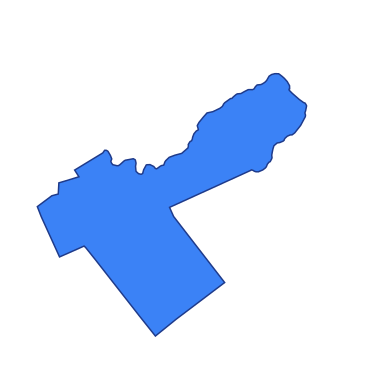 Charlton, Georgia, United States of America (orthographic projection), rotated 231°
{"feature_id": "52423323B4621357576796", "entity_name": "Charlton", "entity_type": "district", "adm_level": 2, "iso_a3": "USA", "parent_name": "United States of America", "parent_adm1": "Georgia", "projection": "orthographic", "projection_center": [-82.072, 30.717], "detail": "fine", "context": "isolated", "style": "filled", "palette": "blue", "viewbox_px": 384, "rotation_deg": 231, "n_neighbors": 0, "source": "geoboundaries", "source_scale": "gbopen_adm2", "svg_char_len": 2079}
<svg xmlns="http://www.w3.org/2000/svg" viewBox="0 0 384 384"><g transform="rotate(231 192 192)"><path d="M171.8,251.4L171.9,252.0L170.5,253.0L168.9,253.5L167.5,254.4L165.9,256.3L164.6,260.9L164.5,263.9L164.8,265.6L166.2,268.1L166.7,270.5L166.4,271.9L167.6,274.7L168.2,275.7L170.5,277.2L172.4,279.4L174.6,282.1L176.4,284.8L176.5,289.1L175.2,291.3L174.2,294.7L174.2,296.1L174.7,296.7L175.2,298.1L175.4,301.1L174.6,304.1L173.4,305.8L173.3,309.1L175.4,318.4L179.2,327.4L180.3,328.6L182.4,329.5L183.7,331.5L186.6,335.0L187.1,335.4L188.8,335.7L190.0,335.8L191.3,335.0L196.4,333.6L205.7,332.0L209.7,331.6L210.5,331.8L210.9,332.3L210.7,332.8L213.2,334.7L217.9,335.5L222.2,335.3L225.2,334.8L228.6,334.0L229.4,333.7L231.8,330.9L233.2,327.8L233.5,324.8L231.7,320.2L231.4,317.6L231.7,315.0L232.1,313.2L234.2,310.0L234.0,307.7L233.1,305.1L233.4,303.5L235.5,301.0L236.2,300.0L237.1,295.8L237.7,292.0L239.8,288.9L240.0,287.4L239.9,283.8L239.6,282.0L240.4,280.7L240.8,273.7L240.4,271.6L240.0,271.1L239.4,269.3L239.5,266.4L241.3,258.8L244.0,253.4L243.1,248.0L241.7,241.3L240.4,238.1L240.2,237.8L236.6,236.3L236.4,236.1L236.7,233.5L236.0,230.1L234.2,227.0L232.9,225.5L232.1,223.9L232.4,222.3L232.2,221.5L231.3,219.0L230.0,218.1L228.8,216.6L228.5,208.3L231.4,201.8L233.3,196.1L232.9,191.3L232.3,189.5L231.7,188.7L230.7,186.9L231.7,185.0L232.0,183.7L232.2,179.6L232.4,179.0L233.4,178.3L234.6,178.4L236.0,178.3L239.7,176.6L241.5,174.2L241.8,173.5L239.7,168.4L237.5,165.4L237.6,164.0L237.9,163.5L239.9,162.0L243.1,161.5L244.1,162.0L247.5,164.3L249.0,166.0L249.7,166.7L252.3,168.0L253.0,168.1L254.8,167.3L258.7,160.1L258.9,158.5L258.7,155.3L258.6,153.2L258.8,151.4L259.7,150.2L263.1,147.6L265.4,147.7L267.0,148.3L268.0,150.2L268.3,150.5L271.8,151.6L276.5,152.3L278.1,151.8L278.9,151.0L279.4,150.3L278.5,147.3L282.9,114.6L275.0,113.7L280.4,100.3L282.9,94.3L274.6,86.8L277.3,80.7L278.0,62.6L267.7,59.3L224.9,48.2L217.9,74.1L215.8,74.4L200.5,74.3L128.2,73.1L103.1,72.9L103.1,99.7L101.1,160.4L184.5,162.3L191.3,164.1L194.2,164.9L171.8,251.4Z" fill="#3b82f6" stroke="#1e3a8a" stroke-width="1.5"/></g></svg>